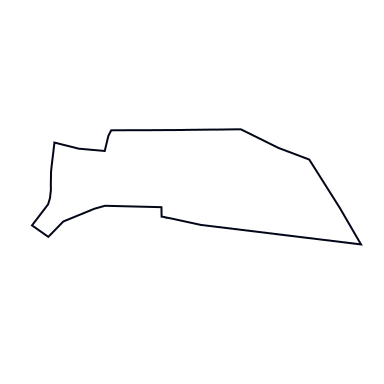 the district of Santa Catarina Minas, Oaxaca, Mexico, rotated 84°
{"feature_id": "50627088B70171600185604", "entity_name": "Santa Catarina Minas", "entity_type": "district", "adm_level": 2, "iso_a3": "MEX", "parent_name": "Mexico", "parent_adm1": "Oaxaca", "projection": "equal_earth", "projection_center": [-96.62, 16.79], "detail": "fine", "context": "isolated", "style": "outline", "palette": "ink", "viewbox_px": 384, "rotation_deg": 84, "n_neighbors": 0, "source": "geoboundaries", "source_scale": "gbopen_adm2", "svg_char_len": 930}
<svg xmlns="http://www.w3.org/2000/svg" viewBox="0 0 384 384"><g transform="rotate(84 192 192)"><path d="M221.6,339.6L207.9,323.1L207.0,320.1L198.5,291.0L196.6,280.0L203.9,224.0L204.4,224.0L205.5,224.1L206.4,224.2L207.5,224.3L213.3,224.8L213.9,222.6L214.4,221.0L214.9,220.5L215.0,220.0L214.8,219.9L216.3,215.0L225.7,186.5L261.8,29.4L223.2,46.7L172.0,72.0L157.2,101.4L134.8,136.8L134.2,142.4L133.4,151.3L133.0,156.0L132.1,164.8L130.8,178.7L129.8,189.3L129.1,197.6L129.0,197.9L129.0,198.4L128.2,206.6L127.9,209.1L126.9,219.7L123.9,248.9L122.2,265.9L127.4,269.3L142.1,274.5L138.2,294.3L137.7,296.7L137.1,300.1L136.5,301.7L135.1,305.4L130.6,317.8L129.5,320.7L128.5,323.7L128.9,323.7L133.0,324.7L138.1,325.8L141.5,326.6L144.5,327.3L147.3,327.9L150.3,328.6L152.3,329.1L152.7,329.1L154.3,329.5L157.4,330.1L169.6,331.6L175.1,332.1L183.3,333.9L189.2,336.4L208.5,354.6L221.6,339.6Z" fill="none" stroke="#020617" stroke-width="2"/></g></svg>